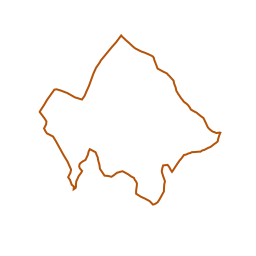 Al-Shikhan, Ninawa, Iraq (Natural Earth projection), rotated 297°
{"feature_id": "34846034B50799597720229", "entity_name": "Al-Shikhan", "entity_type": "district", "adm_level": 2, "iso_a3": "IRQ", "parent_name": "Iraq", "parent_adm1": "Ninawa", "projection": "natural_earth1", "projection_center": [43.409, 36.699], "detail": "fine", "context": "isolated", "style": "outline", "palette": "amber", "viewbox_px": 256, "rotation_deg": 297, "n_neighbors": 0, "source": "geoboundaries", "source_scale": "gbopen_adm2", "svg_char_len": 2642}
<svg xmlns="http://www.w3.org/2000/svg" viewBox="0 0 256 256"><g transform="rotate(297 128 128)"><path d="M103.3,42.0L102.2,42.0L98.9,48.8L96.9,52.3L94.1,53.4L89.5,53.4L87.7,55.9L86.4,58.1L86.4,65.1L83.3,70.1L74.8,82.6L70.6,89.4L67.5,93.2L65.1,96.2L61.8,97.0L57.0,97.0L56.3,98.2L55.5,99.8L51.9,103.6L51.3,106.3L48.7,107.4L50.7,108.5L52.3,108.2L54.3,107.1L57.2,106.1L58.9,106.1L62.6,105.9L67.0,106.6L68.9,106.6L70.2,103.4L71.5,102.0L73.6,101.3L75.1,101.6L76.5,102.2L78.1,103.1L80.3,104.6L84.4,104.5L85.9,104.4L89.3,103.6L91.8,103.6L91.7,110.1L89.4,112.7L88.0,114.4L86.3,115.6L84.3,117.3L82.3,119.2L78.9,121.5L76.7,125.5L74.9,128.7L76.2,132.0L77.0,135.3L77.8,135.9L80.9,137.5L83.2,138.5L83.6,139.1L85.4,140.9L87.0,142.8L86.9,147.2L86.8,149.4L86.3,152.2L86.2,156.0L85.0,157.4L83.9,159.6L82.8,161.0L81.0,161.9L75.6,163.8L73.1,165.1L72.6,170.7L72.8,174.8L72.7,180.3L72.1,182.2L71.1,185.0L71.8,185.9L73.7,187.3L75.3,188.1L78.5,188.5L87.7,188.8L89.0,188.2L94.0,186.0L97.3,185.1L98.7,183.7L101.3,180.9L103.7,178.6L104.8,177.7L107.7,176.8L110.6,176.3L112.7,179.4L113.1,180.0L111.8,182.7L110.2,184.8L108.9,187.1L110.9,187.4L117.8,188.1L122.2,188.7L125.5,189.5L129.3,190.1L130.8,191.9L132.8,193.4L133.7,194.6L135.6,196.0L136.3,197.4L138.9,201.6L139.8,203.3L141.8,204.4L143.0,205.8L144.0,206.6L146.5,208.3L148.3,209.9L149.9,210.8L152.6,212.0L154.8,213.2L156.7,214.0L159.7,213.2L163.3,212.6L165.7,212.4L165.4,211.4L164.3,210.0L163.6,209.0L163.6,207.4L163.3,205.7L163.3,204.3L163.7,202.4L164.0,201.1L164.8,198.9L165.3,198.3L166.3,196.9L167.7,195.3L168.3,194.4L169.0,193.5L170.4,191.7L171.2,190.6L171.3,189.7L171.6,187.6L172.1,185.4L172.5,183.5L172.7,182.8L172.8,181.7L172.8,179.8L172.9,177.1L173.0,176.1L173.0,175.5L174.1,174.1L175.5,171.4L175.8,170.6L176.2,169.1L176.4,167.9L176.7,166.2L177.0,165.3L177.7,164.0L178.4,162.3L178.9,161.3L179.9,159.6L181.3,157.0L182.2,155.7L182.9,154.4L184.2,153.3L185.8,152.0L187.0,150.6L188.1,149.4L189.2,148.3L190.7,147.3L191.0,146.8L192.0,144.1L192.6,142.5L193.3,140.7L193.5,139.7L193.8,139.1L194.2,138.3L194.3,136.7L194.2,134.1L194.3,130.2L194.4,127.4L194.5,127.2L196.5,125.1L198.9,122.4L200.4,120.7L201.9,119.4L202.0,119.4L202.1,119.2L202.6,118.5L202.9,118.0L203.1,116.5L203.0,113.1L202.7,108.7L202.2,105.2L202.2,101.8L202.2,98.2L202.8,95.5L204.4,89.9L205.4,85.8L206.3,83.0L206.6,81.8L206.9,81.0L207.2,80.1L207.3,79.9L199.0,78.5L193.0,76.9L184.3,75.0L175.7,73.1L173.9,73.1L167.1,72.2L160.6,72.5L147.8,74.1L141.3,74.4L140.2,74.5L136.9,74.7L132.5,74.1L132.0,71.4L131.6,68.7L131.2,67.1L131.6,58.1L130.9,51.3L130.1,46.9L128.8,45.0L116.3,43.1L110.8,42.8L103.3,42.0Z" fill="none" stroke="#b45309" stroke-width="2"/></g></svg>